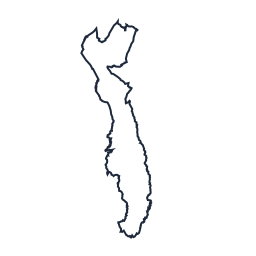 Jalacingo, Veracruz, Mexico, rotated 160°
{"feature_id": "50627088B88216282065505", "entity_name": "Jalacingo", "entity_type": "district", "adm_level": 2, "iso_a3": "MEX", "parent_name": "Mexico", "parent_adm1": "Veracruz", "projection": "natural_earth1", "projection_center": [-97.294, 19.774], "detail": "fine", "context": "isolated", "style": "outline", "palette": "slate", "viewbox_px": 256, "rotation_deg": 160, "n_neighbors": 0, "source": "geoboundaries", "source_scale": "gbopen_adm2", "svg_char_len": 5899}
<svg xmlns="http://www.w3.org/2000/svg" viewBox="0 0 256 256"><g transform="rotate(160 128 128)"><path d="M127.9,62.4L127.7,64.3L126.4,66.3L126.5,67.6L126.9,67.8L126.1,68.6L126.5,69.3L125.8,71.1L125.0,72.1L124.7,73.5L124.1,74.2L124.2,75.1L123.7,75.7L123.8,76.6L124.5,77.6L124.3,79.3L123.8,80.0L124.1,80.6L124.7,80.9L124.6,81.9L124.2,82.4L124.5,83.1L123.8,83.8L123.2,85.3L123.5,85.5L123.9,86.3L123.6,87.0L124.3,88.3L124.4,89.3L122.0,91.4L121.7,92.5L120.8,93.5L121.0,94.1L120.5,95.3L120.9,96.4L121.6,97.3L121.4,97.9L120.2,98.8L119.9,99.8L120.1,99.9L119.9,100.4L120.4,101.2L120.5,102.0L120.5,102.3L119.9,103.0L120.0,104.3L119.9,106.8L120.7,108.1L120.6,108.7L121.0,109.4L121.6,109.8L121.0,110.1L120.8,111.4L121.2,112.4L121.7,112.9L121.6,114.1L121.7,114.4L121.3,115.3L121.4,116.0L121.8,116.6L121.8,117.3L121.3,118.2L120.7,121.3L119.9,122.7L119.4,124.7L119.7,125.5L119.4,125.8L119.4,126.4L118.8,126.8L118.3,127.8L118.9,128.2L118.1,130.4L119.0,131.4L119.2,132.1L118.7,133.4L118.8,134.8L118.3,135.8L118.5,136.6L118.7,136.8L118.9,138.6L118.6,139.0L118.7,140.8L118.4,141.3L118.7,142.6L117.9,143.6L117.5,144.4L118.3,149.7L118.1,151.1L117.1,152.1L117.1,152.7L117.3,153.1L117.5,153.0L118.8,152.2L121.5,151.9L121.5,152.5L120.9,153.9L120.5,156.3L119.4,157.2L116.9,160.6L115.6,161.0L114.3,162.0L112.5,162.9L111.0,164.2L112.1,165.5L112.8,165.5L113.2,166.8L113.7,167.4L112.1,170.1L115.6,170.4L115.8,171.9L117.0,174.1L118.4,175.4L118.6,175.8L118.5,176.6L120.0,179.2L123.3,183.8L124.9,184.7L125.5,188.0L126.5,190.7L126.6,192.9L126.8,193.2L125.4,192.3L123.8,191.7L123.0,190.7L121.8,190.6L121.4,191.4L119.9,191.5L119.6,191.4L119.7,190.9L118.7,190.4L118.3,189.8L114.7,188.3L112.9,188.7L112.8,189.5L112.0,189.3L111.9,189.9L108.8,190.1L108.7,190.6L106.7,190.3L106.3,193.8L103.4,198.2L100.2,200.9L99.1,202.6L98.0,203.5L96.1,205.9L93.4,207.8L91.6,211.3L87.6,216.4L87.1,216.9L86.4,216.5L85.6,216.9L86.6,218.5L87.6,219.2L88.3,221.0L89.9,222.3L91.3,222.6L92.8,223.4L93.5,224.3L93.5,225.1L94.1,225.7L94.2,224.6L94.7,224.4L95.4,223.5L95.7,223.7L97.1,220.7L97.4,220.8L97.1,221.5L97.5,221.7L97.0,221.6L97.6,223.9L98.3,224.0L98.7,224.8L99.4,225.1L100.0,226.2L99.8,227.1L100.2,227.9L101.4,228.9L101.7,229.7L101.7,230.2L101.1,231.7L102.8,230.5L106.1,229.2L113.0,223.5L114.5,221.5L117.8,219.5L118.6,219.6L118.8,219.2L118.4,219.2L118.9,218.9L119.2,218.1L121.9,217.6L122.4,217.9L123.1,217.5L125.5,220.1L125.3,220.8L124.4,221.5L126.1,223.5L124.7,227.6L123.7,232.4L126.5,230.7L128.7,229.8L133.1,228.8L134.2,228.4L134.9,227.6L135.7,228.5L136.4,227.6L136.9,228.0L138.5,226.4L138.1,226.1L139.7,224.6L139.8,224.7L143.1,221.3L142.7,220.3L143.3,219.8L143.0,217.1L144.4,216.3L146.2,214.3L144.3,206.3L141.9,200.4L141.4,197.5L141.4,195.8L140.7,195.6L139.1,183.7L139.7,182.6L140.3,183.0L140.9,182.1L141.1,182.3L142.4,179.9L142.3,180.5L142.6,180.7L143.3,178.3L143.7,178.5L143.9,177.1L144.4,177.3L144.5,176.1L144.9,176.3L145.1,173.8L145.5,173.8L145.5,173.6L144.0,168.3L144.2,167.9L143.9,166.2L144.2,164.1L143.3,163.2L143.3,162.6L141.7,161.0L140.5,160.1L138.8,159.3L138.4,158.6L138.0,154.8L138.3,150.2L139.1,146.7L139.0,143.4L139.5,142.1L139.4,141.0L139.0,139.7L139.4,138.7L140.2,138.5L140.8,137.5L141.4,137.3L141.7,135.6L142.3,135.2L142.3,134.8L142.8,134.2L143.0,133.5L143.8,132.6L143.9,131.1L144.1,130.8L144.8,131.3L145.8,130.9L146.4,129.4L146.7,129.3L146.5,129.0L147.9,128.3L149.5,128.3L150.5,126.6L150.2,126.1L149.3,125.8L148.8,124.8L148.8,124.4L147.4,124.0L148.7,122.5L148.5,122.3L148.7,121.9L149.4,122.4L149.5,121.6L148.6,120.5L149.0,119.8L149.9,120.0L149.9,118.5L150.2,117.9L151.0,118.1L151.1,117.3L151.9,117.4L152.0,116.7L152.9,116.9L153.0,116.5L153.7,116.8L154.2,116.1L155.5,115.2L156.1,115.2L156.9,114.8L156.9,114.1L155.0,114.1L153.8,113.7L153.2,113.9L152.4,113.5L152.2,113.0L151.7,112.9L151.5,113.1L150.1,112.9L151.4,112.4L151.1,111.8L151.4,111.5L152.6,112.4L152.7,111.1L155.2,111.7L155.2,110.4L156.5,109.4L156.3,108.9L157.0,109.1L159.1,107.0L159.1,106.3L158.6,105.4L159.0,103.5L159.8,102.4L161.7,101.1L161.5,99.2L162.0,98.3L162.1,97.6L161.6,96.2L161.6,95.2L161.6,94.7L163.1,92.8L163.1,91.4L160.9,93.4L159.4,91.8L159.4,90.5L159.2,90.1L159.4,89.7L158.1,88.3L157.9,87.8L157.0,88.3L155.3,88.1L154.0,87.6L153.3,86.4L152.7,85.9L152.9,85.6L153.6,85.4L153.7,84.9L153.4,84.4L153.6,84.0L154.1,83.8L153.9,82.4L154.4,81.1L155.1,80.7L156.0,79.4L156.5,79.7L156.8,79.2L156.7,78.1L157.5,76.4L157.0,74.6L157.8,71.9L156.7,71.3L156.0,70.4L155.6,67.9L155.7,67.3L156.4,66.8L156.6,65.7L157.7,64.0L157.4,62.6L156.7,61.5L156.0,60.9L155.8,59.8L154.8,58.5L154.7,57.5L155.5,55.9L155.1,55.7L155.2,54.5L156.0,54.5L156.3,54.0L156.0,52.5L156.2,52.0L156.8,51.9L157.0,51.6L156.9,51.1L157.2,50.7L157.5,49.3L157.8,49.3L158.2,48.5L158.8,48.4L159.6,47.5L159.6,47.0L159.2,46.3L160.6,45.6L160.9,45.2L161.1,44.0L162.2,43.3L163.3,42.0L163.9,42.3L163.9,42.6L164.3,43.1L165.5,42.3L166.4,42.6L168.1,42.4L169.4,42.7L169.6,42.1L169.4,41.0L169.6,38.0L169.0,35.7L169.4,34.4L170.4,33.1L169.1,32.8L169.0,32.4L167.1,33.0L166.2,27.8L165.7,27.6L164.8,26.1L164.0,26.0L163.4,25.2L162.9,25.7L162.6,25.4L162.9,24.6L162.7,24.3L162.3,24.7L162.1,24.4L160.8,25.7L160.2,23.6L158.9,23.7L156.6,25.2L155.9,26.0L155.1,25.1L153.5,25.7L151.2,28.8L150.8,30.0L150.5,30.0L149.9,31.0L149.7,31.7L149.4,31.8L148.7,33.2L147.6,34.2L146.8,34.5L146.2,34.0L145.7,34.4L145.3,34.2L144.9,34.3L144.8,35.1L144.3,35.3L144.3,37.8L143.6,36.3L143.2,36.5L143.2,37.4L142.4,38.1L142.1,37.9L142.1,37.2L141.3,37.2L140.0,39.0L139.0,39.7L138.7,43.1L137.9,42.9L137.4,44.1L136.3,44.2L136.6,45.4L136.2,46.5L135.1,46.1L135.2,45.4L135.0,45.1L134.8,45.2L134.6,46.3L134.2,46.7L134.5,47.3L134.4,47.9L134.0,48.1L133.7,47.4L133.3,47.4L133.2,47.6L133.8,48.4L133.5,48.7L133.3,49.6L133.2,49.8L132.4,49.5L132.5,50.3L131.7,50.5L132.0,51.1L131.4,51.7L131.6,52.3L134.0,53.5L134.0,55.9L132.8,57.1L132.4,57.2L132.0,57.9L130.7,57.9L130.2,58.6L129.5,58.7L128.9,59.3L128.4,60.9L128.4,61.6L127.9,62.4Z" fill="none" stroke="#1e293b" stroke-width="2"/></g></svg>